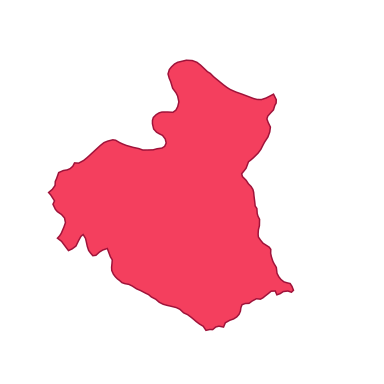 outline of Bariri, São Paulo, Brazil, rotated 113°
{"feature_id": "56859067B75550214220270", "entity_name": "Bariri", "entity_type": "district", "adm_level": 2, "iso_a3": "BRA", "parent_name": "Brazil", "parent_adm1": "São Paulo", "projection": "orthographic", "projection_center": [-48.72, -22.06], "detail": "fine", "context": "isolated", "style": "filled", "palette": "rose", "viewbox_px": 384, "rotation_deg": 113, "n_neighbors": 0, "source": "geoboundaries", "source_scale": "gbopen_adm2", "svg_char_len": 2840}
<svg xmlns="http://www.w3.org/2000/svg" viewBox="0 0 384 384"><g transform="rotate(113 192 192)"><path d="M75.7,221.5L75.2,224.9L73.8,228.5L71.9,233.6L70.7,238.1L70.9,243.1L72.9,248.7L78.2,255.9L81.0,258.1L84.9,259.8L88.1,260.7L92.7,260.2L96.2,257.4L98.7,254.8L104.1,250.3L106.9,245.5L109.3,242.7L114.2,239.3L119.0,238.5L122.9,238.8L126.1,240.7L128.0,246.0L130.2,251.0L132.0,253.2L134.8,255.2L138.5,256.7L141.5,256.4L144.6,255.1L149.0,251.9L150.8,248.0L151.2,244.9L151.4,241.3L153.6,237.4L157.0,234.9L160.7,235.0L163.3,236.8L165.8,241.0L168.4,244.3L170.7,249.3L172.6,253.7L172.8,257.9L173.9,263.5L174.8,270.6L174.9,274.8L174.8,278.0L174.2,282.5L174.9,285.3L178.1,289.5L180.9,292.3L184.9,294.5L201.4,302.0L205.2,304.0L209.7,307.6L211.1,311.5L214.9,311.8L218.1,313.3L220.4,315.5L222.5,318.8L226.2,322.3L232.8,321.9L235.6,322.0L239.5,320.6L244.1,321.6L248.5,323.8L249.9,320.9L253.9,315.1L257.6,315.2L261.4,310.9L262.7,308.2L263.7,303.3L265.7,299.2L269.7,296.5L274.4,296.2L277.7,296.2L281.0,296.2L284.0,296.7L287.1,297.8L288.4,292.8L290.4,289.4L292.2,286.3L294.2,282.8L291.2,280.1L287.1,277.7L281.0,277.4L276.2,276.9L273.7,275.6L276.3,271.9L278.9,270.0L283.0,267.1L286.2,264.3L287.8,261.6L289.4,258.4L287.8,255.7L283.4,253.7L280.3,251.5L277.1,247.9L283.5,241.8L285.6,238.9L289.1,237.7L292.7,236.6L295.6,235.2L298.4,232.2L300.0,229.4L301.1,226.7L301.8,223.9L302.8,221.1L302.6,218.1L301.7,214.0L301.9,210.2L302.8,205.2L302.8,200.8L303.3,194.9L303.4,191.9L304.5,188.4L304.9,183.4L306.3,179.1L306.6,174.7L306.1,170.7L305.5,167.5L304.5,161.3L304.7,157.3L306.5,152.5L306.6,148.1L307.7,143.6L308.6,140.6L309.6,137.6L310.6,133.5L311.2,129.2L313.9,125.1L311.6,121.9L310.6,119.2L307.0,117.4L305.0,114.8L304.0,110.2L299.3,110.2L295.3,107.1L292.6,104.1L289.5,102.0L286.2,100.9L282.7,100.9L279.4,101.8L276.2,101.9L273.9,99.5L272.2,96.0L268.8,94.0L265.1,91.0L263.9,87.1L261.6,85.3L259.1,84.0L255.7,82.1L252.4,80.4L250.6,76.7L253.5,73.7L251.1,71.1L248.0,69.1L245.7,65.1L245.4,61.3L242.8,60.2L239.8,63.1L237.9,65.9L238.4,68.7L238.8,72.2L237.8,75.9L236.1,79.0L233.6,82.0L228.5,84.9L225.9,88.5L224.1,90.6L220.5,93.7L217.8,95.6L214.0,97.1L212.6,99.4L211.4,106.6L209.5,110.2L207.5,113.3L204.9,114.7L200.9,116.1L196.6,116.8L190.8,119.1L188.4,121.9L186.3,123.6L181.9,125.8L180.2,128.4L177.8,129.7L175.0,131.3L171.4,133.4L168.1,135.2L165.8,137.0L163.9,139.7L162.4,143.3L160.1,146.7L158.1,151.6L155.8,153.4L152.0,152.3L149.0,151.5L142.1,151.8L139.4,150.3L136.8,149.0L130.5,146.4L125.9,145.3L121.2,145.0L117.8,144.7L111.7,143.6L106.3,143.9L101.6,145.2L98.2,149.1L95.5,151.6L92.5,151.9L88.6,150.6L84.6,149.1L80.0,149.6L77.3,149.3L74.1,150.5L70.1,155.2L73.9,158.3L76.5,160.5L79.8,164.2L81.4,168.3L81.9,171.7L82.4,184.3L82.8,190.3L82.8,193.2L82.7,197.1L82.1,200.7L81.0,205.2L78.4,214.1L77.4,217.4L75.7,221.5Z" fill="#f43f5e" stroke="#9f1239" stroke-width="1.5"/></g></svg>